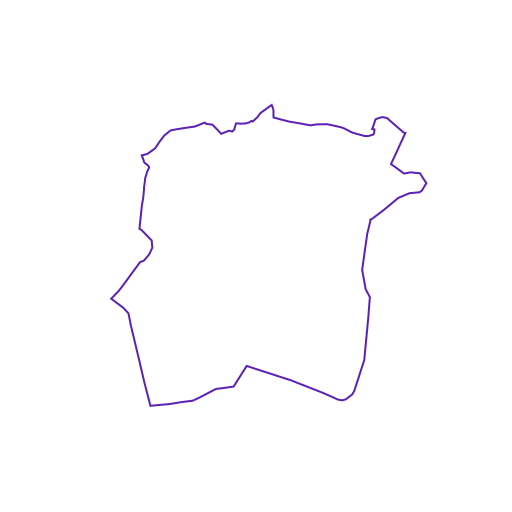 outline of Al Hada, Dhamar, Yemen, rotated 115°
{"feature_id": "15242507B58187831730199", "entity_name": "Al Hada", "entity_type": "district", "adm_level": 2, "iso_a3": "YEM", "parent_name": "Yemen", "parent_adm1": "Dhamar", "projection": "albers", "projection_center": [44.487, 14.807], "detail": "fine", "context": "isolated", "style": "outline", "palette": "violet", "viewbox_px": 512, "rotation_deg": 115, "n_neighbors": 0, "source": "geoboundaries", "source_scale": "gbopen_adm2", "svg_char_len": 2981}
<svg xmlns="http://www.w3.org/2000/svg" viewBox="0 0 512 512"><g transform="rotate(115 256 256)"><path d="M436.4,288.4L433.0,282.5L432.9,282.5L431.7,280.4L427.2,272.6L424.1,267.9L421.9,264.7L420.0,261.9L413.8,252.1L408.4,247.6L393.3,236.0L390.7,231.7L383.8,221.1L359.6,218.0L357.7,202.3L353.8,170.9L353.5,165.1L351.8,137.9L351.7,132.4L351.6,130.8L351.5,120.9L350.3,116.7L347.9,114.0L343.0,111.4L340.8,110.3L337.1,109.9L327.1,111.1L322.4,111.7L315.3,112.6L311.8,113.0L307.2,113.6L304.5,113.9L297.9,116.3L270.0,126.2L269.5,126.4L266.0,127.6L245.2,135.4L242.9,138.4L240.8,141.2L239.7,142.6L223.6,154.0L222.2,154.4L204.3,159.9L198.6,161.6L191.3,163.8L189.3,164.5L183.6,165.6L182.2,165.9L177.8,166.8L175.0,167.4L174.7,167.7L174.3,167.4L173.1,166.5L172.9,166.3L168.7,164.1L160.0,159.5L150.2,154.9L144.5,152.2L143.2,151.6L140.6,149.2L138.8,147.6L134.2,143.4L130.4,136.9L130.0,136.1L129.2,134.8L126.6,133.3L118.0,132.4L114.3,138.4L113.9,138.9L111.7,142.4L111.9,143.0L112.9,145.6L114.9,151.3L117.5,155.0L118.7,156.7L118.0,160.3L117.5,162.7L116.6,167.1L115.7,172.5L114.3,172.5L110.4,172.5L106.4,172.5L100.7,172.5L93.4,172.6L92.2,172.6L88.6,172.6L86.0,172.6L81.4,172.6L81.7,174.5L75.6,195.7L76.7,200.1L79.2,203.2L81.7,205.4L83.7,205.2L89.7,204.5L90.5,204.5L91.8,204.4L91.2,202.2L94.2,201.0L96.4,201.0L100.1,205.3L100.9,207.4L101.4,208.5L103.1,218.5L103.5,221.9L103.4,223.6L103.1,229.5L103.1,229.9L103.4,233.3L103.5,233.7L104.3,237.6L104.9,240.3L105.0,240.6L105.5,243.0L105.8,244.2L106.5,247.3L111.4,257.2L111.7,257.7L111.8,257.8L114.4,261.5L114.5,261.7L114.6,262.3L114.8,262.7L115.1,264.0L116.0,267.2L116.4,268.8L116.7,270.1L117.7,273.7L120.3,283.3L121.3,288.9L121.5,289.8L122.7,296.6L123.1,298.6L122.8,298.8L117.1,301.5L115.3,302.7L112.5,305.6L115.1,307.1L124.6,312.4L129.6,313.4L135.5,315.8L135.4,317.1L138.2,319.0L140.5,321.7L141.2,323.2L142.7,326.2L144.1,330.0L144.7,330.1L149.8,329.3L150.7,329.2L152.0,329.7L153.2,330.1L153.9,333.5L155.2,334.7L160.0,339.2L158.9,341.8L158.5,342.8L155.4,351.0L157.3,357.0L156.7,358.8L164.5,366.1L169.7,374.1L171.0,376.1L171.6,376.9L175.1,382.1L178.3,386.5L183.2,388.9L185.7,390.1L186.1,390.2L186.3,390.2L191.8,391.4L192.1,391.5L192.5,391.6L201.3,393.0L206.4,395.9L207.3,396.4L209.5,397.7L213.1,402.1L216.1,398.9L216.3,398.7L218.1,397.2L218.8,396.0L219.0,394.5L219.4,392.9L219.6,392.1L220.2,391.2L220.6,390.5L220.8,390.4L221.1,390.2L221.8,390.2L223.5,390.3L225.5,390.3L227.3,390.0L229.5,389.7L232.2,389.4L232.4,389.2L235.1,388.3L241.1,386.5L242.6,385.8L249.0,383.5L251.3,382.7L257.2,381.1L258.4,380.8L268.5,377.3L280.7,373.1L280.8,370.8L284.0,362.4L285.4,358.7L286.0,357.1L288.3,355.8L290.9,354.3L291.0,354.2L292.2,353.5L292.4,353.5L299.5,353.5L300.6,353.7L305.6,355.1L307.3,355.5L308.1,356.2L310.4,358.3L310.6,358.5L317.6,359.9L323.9,361.2L330.2,362.4L332.2,362.8L341.1,364.6L345.8,365.7L355.9,369.2L359.0,354.5L361.8,347.4L369.0,342.1L370.9,340.8L401.1,316.8L417.2,304.2L436.1,288.6L436.4,288.4Z" fill="none" stroke="#5b21b6" stroke-width="2"/></g></svg>